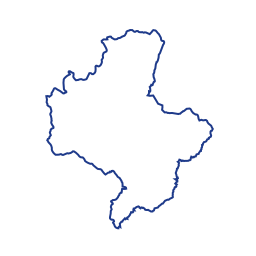 Navakholo, Western, Kenya (Natural Earth projection), rotated 343°
{"feature_id": "3690345B67128862820985", "entity_name": "Navakholo", "entity_type": "district", "adm_level": 2, "iso_a3": "KEN", "parent_name": "Kenya", "parent_adm1": "Western", "projection": "natural_earth1", "projection_center": [34.674, 0.39], "detail": "fine", "context": "isolated", "style": "outline", "palette": "blue", "viewbox_px": 256, "rotation_deg": 343, "n_neighbors": 0, "source": "geoboundaries", "source_scale": "gbopen_adm2", "svg_char_len": 5803}
<svg xmlns="http://www.w3.org/2000/svg" viewBox="0 0 256 256"><g transform="rotate(343 128 128)"><path d="M57.1,97.9L57.2,98.7L56.3,99.9L56.1,100.9L56.4,102.9L57.0,104.8L57.0,105.5L56.6,106.2L54.6,106.4L53.6,107.0L53.2,108.0L52.0,109.3L51.9,110.1L52.1,112.3L50.2,113.7L49.7,114.8L48.1,115.1L47.2,116.2L47.7,117.3L47.7,118.2L49.1,121.1L49.4,122.3L49.4,124.5L48.8,126.5L48.8,127.6L49.3,129.5L49.9,130.8L50.9,132.4L54.1,133.3L56.0,133.3L56.6,133.6L57.3,134.5L58.2,134.8L62.1,134.4L62.9,134.5L63.6,135.0L65.9,135.1L67.7,134.6L68.5,134.2L69.5,134.6L70.9,136.3L72.5,139.0L73.1,140.7L73.6,141.5L74.5,142.3L76.1,142.9L76.5,143.5L77.2,145.3L77.3,146.9L77.8,147.7L79.1,149.2L80.8,150.7L81.5,151.2L82.9,151.5L83.4,152.0L84.0,153.6L86.4,157.3L87.1,158.2L87.8,158.6L89.7,159.4L90.4,160.2L91.0,162.1L92.0,164.5L92.4,165.3L92.9,165.9L96.0,164.9L97.5,165.2L97.9,164.5L99.3,165.0L99.8,164.3L101.0,164.5L101.5,165.0L102.0,165.8L102.2,167.1L103.5,170.2L103.8,171.5L104.6,172.6L105.3,173.2L106.3,176.6L106.2,177.6L106.6,178.4L106.4,180.0L105.7,182.3L108.0,183.7L108.6,184.4L108.5,185.5L107.3,185.4L104.6,184.5L104.0,185.6L103.3,187.4L102.8,188.0L102.2,187.7L100.5,188.6L100.1,189.5L98.7,190.5L98.1,191.3L96.6,192.3L95.6,192.8L94.4,192.9L92.3,192.5L91.5,192.9L90.7,192.9L90.3,193.4L90.7,194.4L91.3,195.3L91.3,196.1L89.8,196.7L88.8,197.9L88.5,198.7L88.6,201.0L87.3,202.3L86.4,204.8L84.7,208.0L84.4,209.1L84.7,210.0L85.3,210.8L86.6,211.2L87.2,211.8L87.4,212.5L87.3,213.3L86.1,213.9L86.1,214.8L86.5,215.6L86.7,218.2L87.1,219.2L87.6,219.9L88.7,220.8L89.5,221.1L89.8,220.3L90.3,219.9L91.1,219.5L91.7,220.3L92.2,217.1L94.3,215.7L95.2,215.9L95.7,215.2L98.6,213.5L99.0,214.5L100.1,214.1L100.9,214.7L101.1,213.4L102.6,213.0L104.4,211.7L105.1,210.8L105.8,210.3L106.3,209.4L107.1,209.6L107.8,210.1L108.5,209.7L108.9,208.9L109.2,207.9L110.0,208.4L109.8,207.5L110.0,206.7L110.9,206.8L112.0,206.6L112.8,206.1L115.0,206.0L115.6,206.6L115.7,207.6L116.5,208.5L117.3,207.9L118.0,208.0L118.5,208.7L119.2,208.7L120.3,210.0L120.4,211.0L121.0,211.5L122.5,212.1L123.2,212.1L125.6,214.6L127.1,215.0L127.7,214.5L128.7,214.4L129.9,212.6L133.3,212.8L135.0,211.6L136.0,211.4L138.4,210.3L139.2,210.5L142.1,208.4L144.9,208.1L145.9,208.5L147.4,207.9L150.2,207.5L150.7,207.2L151.0,205.4L151.4,204.8L151.6,203.8L152.0,202.8L152.8,202.2L152.9,201.2L153.5,200.3L154.7,199.6L155.1,198.6L155.8,198.2L156.6,198.4L157.3,197.8L157.5,196.5L158.1,196.2L157.0,195.0L158.6,193.8L159.5,193.7L159.8,192.8L159.8,192.0L159.1,192.0L158.2,190.8L159.1,191.0L160.3,190.3L161.0,190.5L161.1,189.7L160.4,189.1L160.4,188.1L160.6,186.9L160.5,185.0L162.4,182.4L162.9,181.2L163.7,181.2L164.4,180.2L165.6,178.8L165.7,177.8L166.6,176.3L165.8,174.9L166.7,174.7L167.9,173.3L169.1,174.1L169.3,175.2L170.1,175.4L170.9,175.1L171.9,176.0L172.6,176.0L174.9,176.7L176.3,177.0L177.1,176.7L177.8,176.9L178.5,176.7L179.5,174.7L180.1,174.0L180.7,174.9L181.3,175.2L182.0,174.7L182.6,175.2L183.4,174.8L184.5,175.0L185.8,173.3L188.0,173.4L188.4,172.7L190.5,171.0L191.1,171.2L191.4,170.2L192.2,169.6L192.3,168.7L193.1,168.1L193.6,167.0L193.8,165.9L194.7,165.9L195.1,164.9L196.5,163.7L197.3,163.8L198.9,163.6L200.5,162.0L201.5,162.1L202.3,161.8L202.4,161.0L204.7,160.5L205.3,159.5L205.3,157.2L205.9,155.5L206.6,155.0L207.3,155.2L208.8,153.7L208.4,152.0L208.2,150.1L206.2,147.2L205.7,145.5L205.7,144.4L205.1,143.4L204.4,143.0L202.1,142.7L200.5,141.6L198.5,141.7L198.2,139.9L198.5,137.3L198.4,136.1L197.7,135.2L196.8,135.0L196.3,134.6L195.6,133.7L194.9,133.1L193.9,130.8L193.5,128.7L193.2,128.0L192.6,127.4L189.7,126.8L186.5,128.1L185.6,128.0L184.9,128.5L184.0,128.6L182.0,129.6L181.1,129.3L180.3,129.4L174.5,126.5L172.0,125.9L171.2,125.4L170.5,125.3L169.2,124.2L167.6,123.8L165.9,120.6L166.9,118.5L167.5,116.4L163.9,113.6L161.6,104.3L158.2,103.6L156.4,102.6L157.8,101.6L158.5,100.2L158.8,99.1L159.5,99.7L160.2,99.1L160.7,96.9L160.8,95.1L161.5,94.9L162.8,93.6L163.2,94.2L164.1,94.1L164.5,93.4L166.1,91.5L166.8,91.5L167.4,91.0L167.6,88.6L167.4,86.9L168.0,83.9L169.1,82.9L169.8,81.5L170.1,80.6L171.5,79.1L173.3,75.1L174.1,74.2L174.4,73.4L175.2,73.3L176.3,72.1L177.8,69.7L179.0,66.7L179.8,66.3L180.5,65.7L185.9,58.7L186.7,58.1L187.4,57.2L187.7,56.4L187.6,55.5L187.0,55.0L186.3,54.8L185.7,54.2L185.5,53.3L185.8,51.2L185.0,47.3L184.3,46.1L183.3,43.6L182.8,42.8L180.8,41.8L180.1,42.1L178.6,43.2L176.2,44.6L173.1,41.9L171.9,41.4L171.0,41.5L169.5,40.4L168.8,40.4L167.0,39.7L166.2,39.1L165.8,38.2L164.4,37.8L162.8,38.1L162.0,37.6L160.7,35.6L158.6,34.9L157.9,35.1L155.7,35.1L154.7,35.5L154.1,36.6L152.1,38.5L151.2,38.8L150.4,38.7L149.4,39.0L148.6,38.9L147.8,39.3L146.6,39.5L144.8,39.2L143.8,39.7L142.6,39.7L141.0,39.3L139.0,37.2L138.6,36.6L138.5,35.8L137.6,35.3L134.7,35.2L134.2,35.9L134.2,37.2L133.1,37.0L130.9,36.2L130.3,36.2L128.3,37.0L128.1,38.1L128.4,38.9L129.0,39.4L129.3,40.2L130.3,44.8L130.5,46.8L130.3,47.8L129.7,48.5L127.1,48.9L126.3,49.4L125.1,51.2L124.7,53.4L124.2,54.0L122.7,55.2L122.4,57.2L121.7,58.3L120.4,59.7L118.8,60.5L117.9,60.5L117.1,60.0L116.3,59.3L115.6,59.2L114.9,59.7L114.2,62.4L113.4,64.4L112.7,65.2L112.2,65.6L110.5,66.3L109.4,66.0L108.8,65.0L108.0,64.5L107.1,64.3L103.3,68.4L102.7,69.0L101.9,69.2L100.1,69.1L99.1,68.8L97.6,67.6L96.5,67.4L95.5,67.3L94.7,67.5L92.2,67.1L91.6,66.1L90.7,63.8L90.7,62.9L91.8,60.5L91.8,59.5L90.7,58.7L89.1,56.8L88.2,56.5L87.6,57.0L87.5,57.8L88.0,58.7L88.1,59.7L85.1,60.3L83.4,61.0L81.7,61.9L80.8,62.7L79.5,65.9L78.2,71.7L78.1,72.5L78.5,73.4L79.0,74.3L79.6,74.9L79.5,75.7L78.7,76.0L77.8,75.8L77.0,76.2L76.2,76.0L73.9,72.8L71.9,70.8L70.6,69.2L69.9,68.6L69.1,68.6L68.5,69.0L67.4,70.3L65.0,72.4L64.9,73.5L64.3,74.2L61.9,75.1L61.4,74.5L60.7,74.0L59.2,73.7L58.8,77.2L57.7,79.6L58.0,81.6L57.6,82.5L58.3,83.8L59.5,84.9L59.9,85.6L59.8,88.7L59.6,89.8L57.8,91.8L57.6,92.6L57.8,94.1L57.6,96.2L57.5,97.1L57.1,97.9Z" fill="none" stroke="#1e3a8a" stroke-width="2"/></g></svg>